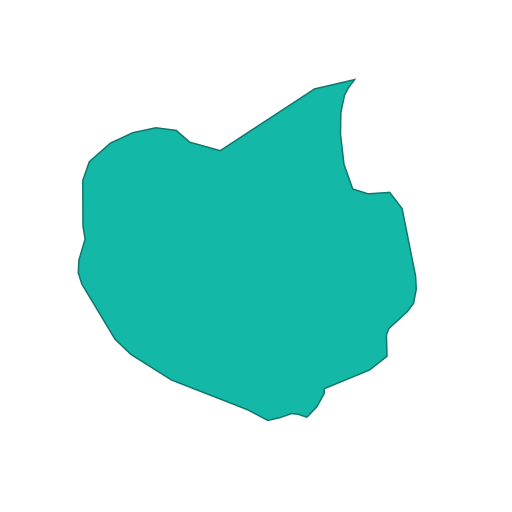 SVG path tracing the border of Boa Vista, rotated 63°
{"feature_id": "CPV-5055", "entity_name": "Boa Vista", "entity_type": "state/province", "adm_level": 1, "iso_a3": "CPV", "parent_name": "Cabo Verde", "parent_adm1": "", "projection": "robinson", "projection_center": [-22.807, 16.113], "detail": "fine", "context": "isolated", "style": "filled", "palette": "teal", "viewbox_px": 512, "rotation_deg": 63, "n_neighbors": 0, "source": "natural_earth", "source_scale": "10m", "svg_char_len": 704}
<svg xmlns="http://www.w3.org/2000/svg" viewBox="0 0 512 512"><g transform="rotate(63 256 256)"><path d="M405.2,255.5L409.4,257.6L417.9,270.0L422.7,283.9L416.0,290.5L412.5,296.0L410.9,308.0L407.9,320.1L389.2,333.3L328.0,387.7L287.0,412.1L266.2,419.4L201.7,423.9L190.3,422.0L179.4,415.8L163.5,400.7L150.6,396.5L110.0,376.0L96.3,361.7L89.3,334.3L90.2,309.9L96.3,287.0L107.9,270.0L124.5,263.4L145.9,240.1L133.7,127.9L143.6,88.1L148.1,97.4L153.0,104.2L166.6,115.2L185.8,125.4L214.3,136.0L240.2,139.4L251.5,127.9L260.0,108.0L280.1,104.3L346.3,122.9L358.4,128.3L369.7,137.1L374.2,146.3L381.0,170.7L385.7,175.7L404.8,184.8L409.1,206.5L405.2,255.5Z" fill="#14b8a6" stroke="#0f766e" stroke-width="1.5"/></g></svg>